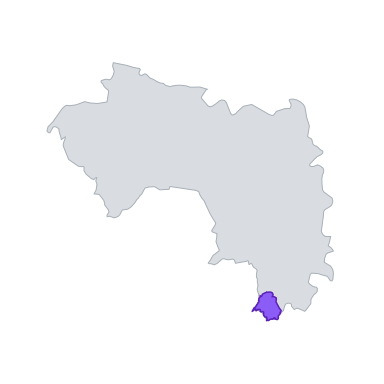 location of Yomou, Yomou, Guinea, rotated 9°
{"feature_id": "49546643B93814621089544", "entity_name": "Yomou", "entity_type": "district", "adm_level": 2, "iso_a3": "GIN", "parent_name": "Guinea", "parent_adm1": "Yomou", "projection": "mercator", "projection_center": [-9.137, 7.537], "detail": "fine", "context": "in_parent", "style": "filled", "palette": "violet", "viewbox_px": 384, "rotation_deg": 9, "n_neighbors": 0, "source": "geoboundaries", "source_scale": "gbopen_adm2", "svg_char_len": 7055}
<svg xmlns="http://www.w3.org/2000/svg" viewBox="0 0 384 384"><g transform="rotate(9 192 192)"><path d="M236.9,253.3L233.7,252.9L232.3,253.5L228.1,258.5L225.5,260.4L221.6,259.8L220.2,260.2L219.1,259.6L220.6,256.9L222.6,251.5L227.8,246.0L227.9,244.8L225.8,241.6L223.5,237.3L223.5,232.6L223.1,229.2L218.5,228.3L217.7,227.7L217.6,226.6L220.1,220.8L220.3,219.6L220.0,218.5L217.2,215.5L212.8,210.0L205.2,198.7L202.4,196.3L199.7,192.8L198.7,190.6L195.8,189.8L169.4,190.0L168.9,192.9L159.8,194.9L154.2,192.6L148.0,194.0L144.9,195.5L142.6,202.1L141.3,203.5L139.9,206.5L138.7,208.1L137.3,211.4L134.4,216.0L131.3,219.0L126.0,220.7L124.3,225.6L123.1,227.4L121.1,228.8L118.9,229.7L114.5,228.8L112.1,229.7L111.7,228.4L113.1,224.6L112.0,222.6L107.8,218.5L107.4,216.6L106.2,214.1L100.7,208.9L95.6,209.2L97.0,204.9L96.9,199.1L95.2,196.0L95.7,192.7L94.7,192.9L93.0,195.2L90.3,194.4L84.7,191.0L81.9,187.7L81.6,184.8L80.9,183.7L79.2,184.3L75.7,184.3L65.1,179.2L57.5,166.5L57.4,163.7L58.4,158.7L58.2,157.4L54.7,160.7L54.0,158.5L51.4,153.3L50.6,150.4L48.1,149.1L46.0,148.9L44.5,149.9L42.4,155.8L40.8,155.8L39.2,154.5L39.6,150.1L43.6,144.5L50.5,130.4L52.9,127.2L54.5,126.0L57.7,125.9L64.0,124.0L71.8,119.6L77.7,120.0L84.7,119.4L93.9,116.4L94.0,106.9L93.7,104.8L90.4,102.9L88.5,101.3L86.9,99.2L84.9,97.7L85.0,96.1L89.0,94.1L92.8,94.1L94.0,93.3L94.9,91.9L96.0,88.5L96.3,84.9L93.9,80.1L94.0,76.6L107.4,77.1L114.8,78.1L120.8,78.3L121.8,79.1L120.9,82.5L121.7,84.4L123.8,84.9L127.1,82.6L128.9,83.1L132.7,86.0L136.2,86.8L140.0,88.4L143.6,89.3L146.8,89.2L149.2,90.8L153.6,91.3L159.4,89.2L164.0,88.3L170.3,88.1L173.7,88.8L183.4,87.1L191.0,88.1L189.8,89.2L186.4,96.8L186.8,98.1L194.5,104.6L196.4,105.0L198.5,104.2L201.8,101.2L204.5,98.0L207.0,96.4L210.0,96.5L212.3,98.8L217.8,108.3L219.2,109.5L220.6,109.5L223.0,107.7L224.2,105.6L229.3,99.3L237.3,96.2L256.1,103.4L258.8,103.9L260.5,103.4L262.8,99.1L269.9,95.5L273.3,94.5L275.3,94.4L276.0,93.2L276.4,91.5L276.0,89.7L273.8,86.5L273.7,85.5L275.0,84.9L277.7,84.4L281.2,84.7L285.1,86.1L288.3,88.1L290.2,90.5L293.7,100.6L297.6,108.5L297.5,119.1L299.2,120.1L301.2,120.6L302.1,121.4L304.0,125.8L305.8,127.0L308.0,127.3L312.1,130.1L314.7,131.2L315.0,132.0L315.0,133.2L313.9,134.6L310.0,137.6L308.1,140.0L304.0,146.0L303.9,147.1L304.8,147.9L306.4,148.1L308.2,147.7L311.9,145.5L314.8,146.3L317.6,147.9L318.6,149.6L318.9,151.9L318.2,154.8L318.1,158.1L319.1,163.7L320.5,169.2L322.0,171.2L331.3,176.1L332.2,178.0L332.6,180.0L332.0,182.9L331.0,184.4L325.9,188.8L325.1,190.8L325.5,194.7L325.9,210.9L327.9,213.6L330.3,215.0L335.9,214.3L335.7,218.8L335.0,223.8L338.2,225.4L339.9,226.9L340.8,228.3L335.6,231.0L334.1,232.6L333.4,236.8L333.6,240.7L340.5,243.5L343.2,246.7L344.4,250.1L344.8,256.5L344.2,257.9L342.4,257.9L338.9,254.1L333.5,253.6L329.5,252.9L322.9,253.4L321.7,254.6L321.0,263.0L322.6,264.5L325.7,266.1L327.8,266.7L329.6,266.5L330.9,267.6L331.2,270.4L330.3,272.4L328.5,274.3L326.3,279.2L326.8,283.7L323.0,290.8L322.0,292.2L317.0,290.8L313.7,290.3L311.4,292.1L308.2,289.3L307.6,287.2L306.4,286.7L304.2,286.7L302.2,287.9L301.3,290.2L300.9,294.8L297.2,299.1L294.7,304.5L291.7,304.0L291.1,304.7L287.9,306.1L285.2,306.5L284.5,305.0L282.9,303.8L281.2,301.5L279.2,299.7L275.4,298.4L273.9,299.0L272.1,298.8L270.9,298.1L271.0,297.0L273.0,294.2L274.2,291.6L274.8,288.7L274.8,286.1L273.7,282.3L272.0,279.2L271.6,277.5L271.8,275.0L271.4,272.7L270.8,271.5L270.0,267.1L269.0,266.3L268.5,262.8L268.6,259.2L267.1,257.8L264.8,256.8L263.4,255.4L262.6,253.8L261.8,253.4L261.0,253.5L260.4,254.4L259.6,254.6L258.3,251.3L257.7,251.1L256.7,251.9L246.0,255.6L244.6,252.5L242.5,251.9L239.0,253.2L236.9,253.3Z" fill="#d9dde1" stroke="#a8b0b8" stroke-width="1"/><path d="M275.6,283.8L275.6,284.0L275.8,284.2L275.7,284.4L275.6,284.7L275.5,285.4L275.1,285.9L275.1,286.0L274.8,286.5L274.7,287.0L274.8,287.3L274.8,287.7L274.7,288.5L274.8,288.8L275.0,289.0L275.3,289.2L275.3,289.3L275.3,289.9L274.5,291.1L274.5,291.5L274.4,291.8L274.0,292.7L273.5,293.4L273.5,293.6L273.5,293.8L273.3,294.2L273.1,294.8L272.7,295.8L272.3,296.2L272.1,296.5L271.7,296.7L271.4,297.0L271.2,297.3L271.0,298.0L270.7,298.8L270.6,299.4L270.3,299.6L270.3,299.8L270.3,300.1L270.3,300.3L270.7,300.1L270.9,299.8L271.2,299.1L271.4,298.9L271.6,298.8L272.9,298.0L273.1,297.8L273.3,297.9L273.3,298.0L273.5,298.4L273.7,299.2L273.8,299.2L274.0,299.1L274.3,299.1L274.7,298.5L275.0,298.3L275.2,298.2L275.2,297.9L275.5,297.7L275.8,297.6L276.1,297.7L276.3,297.7L276.4,297.8L276.6,297.7L276.8,297.5L277.2,297.5L277.3,297.5L277.5,297.7L277.7,297.8L277.9,297.8L278.0,298.0L278.1,298.3L278.1,298.5L278.1,299.1L278.1,299.3L278.4,299.4L278.7,299.6L278.9,299.6L279.0,299.6L279.4,299.5L280.4,299.3L280.7,299.2L281.1,299.3L281.3,299.4L281.5,299.5L281.7,300.4L281.6,300.6L281.6,300.8L281.8,301.2L281.8,301.3L281.8,302.0L282.0,302.5L282.2,302.8L282.4,302.9L282.6,303.0L283.4,303.9L283.7,304.1L284.4,304.0L284.6,304.0L285.1,303.9L285.2,304.0L285.3,304.0L285.4,304.7L285.4,304.8L285.5,304.9L285.8,305.0L285.8,305.3L286.2,306.0L286.1,306.3L286.0,306.5L285.8,306.8L285.7,307.1L285.8,307.3L286.3,307.1L286.5,307.0L287.3,307.1L287.9,306.7L288.2,306.5L288.4,306.4L288.6,306.2L288.8,305.8L288.9,305.7L289.4,305.3L289.8,305.3L290.0,305.3L290.4,305.0L291.1,305.1L291.6,305.0L291.8,304.9L291.9,304.7L292.1,304.2L292.3,304.2L292.4,304.4L292.4,304.5L292.6,304.5L292.7,304.4L292.7,304.2L292.9,304.1L292.7,303.7L293.1,303.6L293.4,303.5L293.5,303.4L293.8,303.7L294.0,304.1L294.0,304.3L294.0,304.5L295.8,304.7L296.4,304.5L296.9,303.8L297.0,303.6L297.0,303.4L296.9,303.3L296.9,303.2L296.8,302.9L297.0,302.6L297.0,302.4L296.8,302.2L296.9,301.9L296.7,301.6L296.5,301.2L296.9,300.2L297.1,300.1L297.8,299.3L297.9,298.7L298.0,298.7L298.1,298.4L297.9,298.5L297.9,298.4L297.9,298.2L297.9,297.8L298.0,297.4L297.9,297.1L298.1,296.8L298.2,296.6L298.3,296.3L298.5,296.0L298.6,295.5L298.6,295.2L298.3,294.8L298.0,294.5L297.8,294.3L297.4,294.1L297.2,293.8L296.8,293.5L296.6,293.2L296.3,292.8L295.9,292.4L295.7,292.1L295.5,291.9L295.4,291.7L295.2,291.4L295.1,291.2L294.9,291.1L294.7,290.8L294.6,290.6L294.4,290.3L294.2,290.1L293.9,289.8L293.6,289.4L293.3,289.0L293.0,288.5L292.8,288.1L292.6,288.0L292.5,287.8L292.2,287.6L292.1,287.3L292.1,286.8L292.1,286.4L292.1,285.9L292.1,285.5L292.1,285.4L292.1,285.2L292.1,284.9L292.0,284.6L292.0,284.4L291.9,284.2L291.9,283.9L291.9,283.6L291.7,283.4L291.4,283.3L291.1,283.1L290.8,283.0L290.5,282.9L290.2,282.8L289.9,282.8L289.5,282.6L288.9,282.6L288.3,282.6L287.9,282.6L287.7,282.7L287.7,282.2L287.8,281.9L288.0,281.6L288.0,281.3L288.1,280.9L288.1,280.6L287.9,280.2L287.7,279.9L287.5,279.6L287.3,279.4L287.0,279.1L286.7,278.9L286.4,278.8L286.2,278.8L285.8,278.7L285.6,278.6L285.2,278.6L284.9,278.6L284.6,278.7L284.3,278.7L283.9,278.8L283.6,278.8L283.4,278.9L283.2,278.9L283.1,279.0L282.9,279.1L282.6,279.2L282.4,279.2L282.1,279.2L281.8,279.2L281.6,279.2L281.4,279.1L281.0,279.5L280.6,279.9L279.8,280.2L279.4,280.6L278.9,280.9L278.3,281.3L277.5,282.0L277.4,282.1L277.4,282.6L277.4,282.9L277.2,283.5L276.9,284.2L276.6,284.4L276.2,284.3L275.9,283.9L275.6,283.8Z" fill="#8b5cf6" stroke="#5b21b6" stroke-width="1.5"/></g></svg>